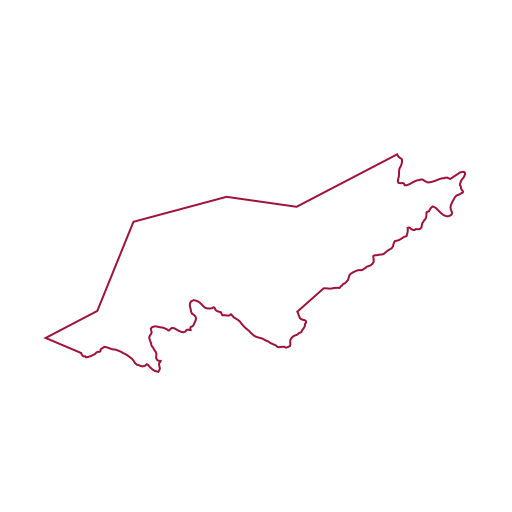 Kandep District, Enga, Papua New Guinea (Albers equal-area conic projection), rotated 134°
{"feature_id": "67681753B44837730459554", "entity_name": "Kandep District", "entity_type": "district", "adm_level": 2, "iso_a3": "PNG", "parent_name": "Papua New Guinea", "parent_adm1": "Enga", "projection": "albers", "projection_center": [143.384, -5.743], "detail": "fine", "context": "isolated", "style": "outline", "palette": "rose", "viewbox_px": 512, "rotation_deg": 134, "n_neighbors": 0, "source": "geoboundaries", "source_scale": "gbopen_adm2", "svg_char_len": 4634}
<svg xmlns="http://www.w3.org/2000/svg" viewBox="0 0 512 512"><g transform="rotate(134 256 256)"><path d="M407.3,245.8L404.8,246.4L403.6,247.1L402.4,249.0L401.2,250.7L400.1,251.3L398.5,251.2L397.7,251.7L398.5,252.5L399.3,253.9L399.4,255.3L398.8,256.9L397.7,258.0L396.1,259.1L394.8,260.9L394.4,263.0L394.0,264.8L393.4,266.2L393.2,268.3L392.7,269.5L391.7,270.8L390.7,272.9L389.9,274.6L388.6,276.4L386.7,277.1L384.8,277.4L383.6,277.9L382.4,279.5L381.4,281.1L379.6,281.4L377.3,280.2L375.9,278.8L374.8,276.9L373.8,275.3L372.8,274.1L371.9,272.5L371.3,271.0L370.8,269.7L370.5,268.5L370.5,267.4L369.8,266.8L367.5,266.8L366.1,266.5L364.8,264.7L364.1,262.0L363.7,260.2L363.0,258.4L362.4,256.9L361.4,255.4L359.6,254.4L357.3,254.5L356.1,253.7L355.4,252.4L354.7,251.6L353.9,252.8L352.5,253.7L350.7,252.9L349.3,252.9L347.1,253.7L344.9,254.4L342.6,255.7L341.6,257.5L341.5,259.2L341.9,262.0L341.1,264.1L339.8,265.8L338.7,267.5L337.6,269.3L335.5,270.8L333.4,271.1L331.1,270.2L329.9,268.3L329.0,266.4L328.6,264.0L328.6,261.7L328.7,259.4L328.6,256.7L327.5,254.5L326.0,252.9L324.2,251.4L322.3,250.9L322.1,249.7L322.8,247.9L322.8,246.2L322.0,244.2L321.4,243.1L320.8,242.2L321.6,240.5L322.0,239.0L320.5,237.5L319.3,236.0L318.1,234.5L316.7,233.6L315.3,233.5L315.3,231.9L315.6,229.6L315.0,226.9L314.5,224.4L314.3,222.0L314.7,219.9L315.0,217.1L315.1,213.9L315.0,212.0L314.7,209.2L314.9,207.1L314.8,204.5L314.7,202.4L314.1,200.0L313.1,197.9L311.9,195.8L310.8,193.6L310.4,191.9L309.9,190.1L309.1,188.4L308.8,186.4L308.3,184.4L307.7,182.7L307.1,181.1L306.5,179.5L306.6,178.2L306.3,176.9L305.1,175.6L303.7,174.6L302.5,173.5L301.7,172.6L301.2,170.9L299.7,170.0L298.4,169.5L297.2,169.0L295.6,169.9L294.7,171.0L293.7,172.1L292.1,173.2L289.9,173.5L287.9,173.4L286.1,172.8L284.5,171.9L282.8,171.6L281.2,171.4L279.3,170.5L277.4,171.2L275.5,171.4L273.9,171.7L272.4,172.2L271.0,173.6L269.2,173.7L268.2,174.8L268.3,176.3L269.2,177.7L270.1,179.7L270.2,181.2L269.5,182.8L268.8,184.4L268.0,185.8L267.4,187.6L232.3,184.9L230.8,183.4L229.6,182.0L228.5,180.5L226.6,178.8L224.9,177.7L223.7,176.7L222.2,175.2L220.9,173.7L218.7,173.9L217.4,173.6L215.4,173.9L214.1,173.1L212.2,173.0L209.2,173.2L207.1,174.3L204.7,175.5L202.9,175.5L201.7,175.2L200.2,174.8L198.5,174.2L196.6,173.4L195.0,172.5L193.9,171.4L192.5,169.9L189.9,169.3L188.3,168.9L186.8,168.9L185.3,168.1L183.2,167.1L180.8,166.8L178.3,167.4L176.7,169.0L175.3,170.9L174.2,171.7L172.7,170.8L171.3,169.5L169.4,168.2L167.9,166.9L166.1,165.6L163.4,165.3L161.7,165.2L159.1,164.6L156.1,163.8L154.0,164.1L151.5,165.6L149.0,166.5L147.3,165.4L145.4,164.3L143.5,163.7L141.7,163.3L139.3,162.7L137.1,161.5L135.1,162.6L133.3,163.7L131.9,164.8L130.6,166.4L129.4,165.9L128.9,164.8L128.8,163.0L128.1,161.0L127.1,159.9L125.7,159.8L124.6,158.5L123.5,157.3L122.5,156.8L120.5,156.9L118.6,158.1L117.1,159.1L115.5,159.3L113.6,159.9L112.2,159.7L110.1,160.5L108.5,161.5L107.4,162.7L105.9,163.7L104.6,163.1L103.7,162.6L101.6,163.3L99.4,163.6L97.6,163.3L96.8,161.3L96.5,158.8L96.6,157.6L96.6,154.7L96.6,152.9L96.5,151.4L96.3,149.7L95.7,147.8L94.8,146.2L93.7,145.3L92.5,144.6L90.8,144.1L88.9,144.7L88.0,146.4L87.1,148.3L85.8,150.0L83.8,151.3L81.6,152.0L79.9,152.6L78.1,153.0L75.8,153.7L73.2,153.8L70.9,152.6L69.2,152.1L67.8,151.8L67.0,151.3L66.1,151.6L65.7,152.2L65.5,154.0L64.8,155.7L63.8,156.8L63.3,158.5L61.9,159.6L60.9,159.9L59.8,160.7L57.6,161.0L54.8,161.3L52.6,162.1L51.3,163.1L50.9,164.0L51.2,165.1L52.6,166.3L54.2,167.3L56.3,167.7L64.8,169.6L65.7,169.8L66.2,171.1L66.7,172.8L68.4,174.4L69.6,174.8L70.4,175.8L72.9,177.3L75.3,178.4L77.6,179.4L79.6,180.5L81.6,181.7L83.6,183.3L84.3,185.0L84.8,186.9L85.3,189.4L86.6,190.6L88.3,191.6L90.3,193.0L93.1,194.1L95.3,194.8L97.5,195.4L100.5,196.8L101.8,198.2L101.1,199.8L101.5,201.1L103.2,202.6L104.4,204.3L103.9,205.7L102.0,207.1L99.7,208.4L97.7,210.0L96.1,211.6L93.6,213.5L90.4,214.4L88.0,215.6L86.4,216.7L85.1,218.2L85.1,219.3L85.5,220.6L85.5,223.0L84.9,225.1L143.0,244.5L192.4,261.0L233.9,318.3L254.9,330.9L281.2,346.7L316.5,367.9L334.0,360.9L382.4,341.4L405.8,332.0L461.1,350.4L447.2,314.3L447.7,313.8L447.8,313.1L448.1,311.8L448.1,310.7L447.8,309.9L447.1,309.5L446.7,309.0L446.8,308.5L446.9,307.9L446.6,307.5L443.0,305.4L442.1,305.1L438.3,303.7L436.3,303.8L434.7,303.1L433.5,301.9L432.4,301.8L431.3,302.8L430.2,302.9L429.0,302.4L426.7,302.0L425.5,300.2L424.6,298.4L423.8,296.4L422.6,294.1L420.9,292.0L419.8,289.4L418.7,286.7L418.1,284.1L417.3,281.7L416.8,279.6L416.5,277.4L416.1,273.7L416.4,271.2L417.1,268.4L416.9,266.1L415.8,264.3L415.3,262.6L414.1,260.8L411.8,259.5L409.7,259.4L409.3,257.8L409.6,255.3L409.6,252.3L409.0,249.1L407.3,245.8Z" fill="none" stroke="#9f1239" stroke-width="2"/></g></svg>